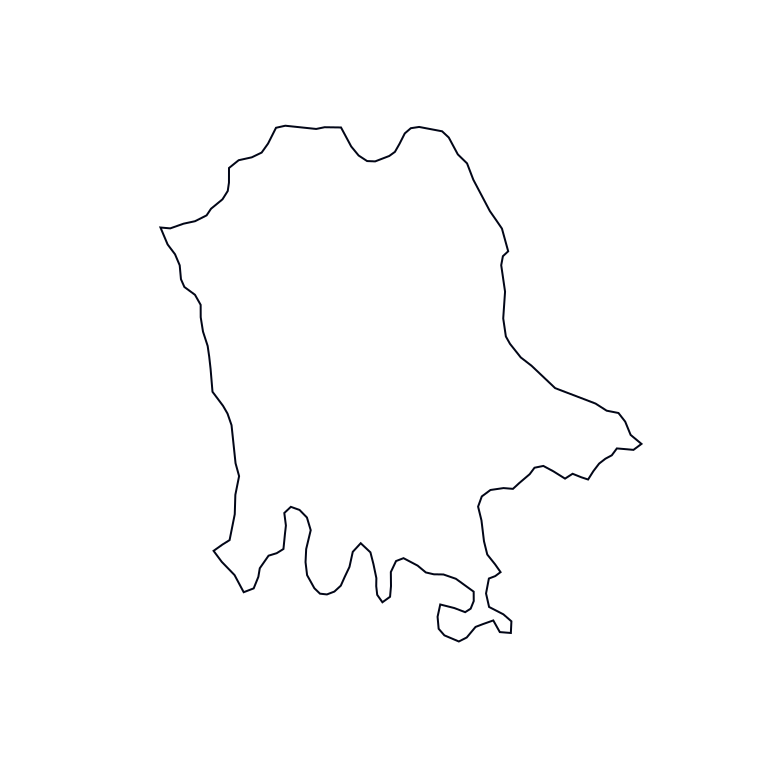 outline of Andirá, Paraná, Brazil, rotated 339°
{"feature_id": "56859067B52775049896070", "entity_name": "Andirá", "entity_type": "district", "adm_level": 2, "iso_a3": "BRA", "parent_name": "Brazil", "parent_adm1": "Paraná", "projection": "equal_earth", "projection_center": [-50.276, -23.026], "detail": "fine", "context": "isolated", "style": "outline", "palette": "ink", "viewbox_px": 768, "rotation_deg": 339, "n_neighbors": 0, "source": "geoboundaries", "source_scale": "gbopen_adm2", "svg_char_len": 2194}
<svg xmlns="http://www.w3.org/2000/svg" viewBox="0 0 768 768"><g transform="rotate(339 384 384)"><path d="M231.4,157.8L232.0,176.2L235.4,188.0L235.8,200.0L232.0,213.4L232.4,221.9L239.5,233.0L241.2,244.4L236.8,256.0L233.8,270.2L233.0,285.3L230.6,295.9L227.5,307.8L221.1,329.8L225.9,346.7L227.3,355.5L226.9,367.8L217.0,404.8L215.7,418.1L205.5,434.2L198.0,452.1L183.9,474.4L175.6,476.0L165.1,478.7L168.8,491.9L176.0,508.8L178.4,528.1L189.1,528.1L197.6,519.0L202.0,511.5L214.7,502.9L223.2,503.5L231.0,502.0L237.9,488.3L241.7,481.0L244.7,468.7L253.0,465.3L260.0,471.3L264.2,481.0L263.2,494.2L252.2,510.2L246.9,522.2L243.7,534.9L245.8,549.7L249.1,556.8L255.3,560.0L263.3,560.0L271.4,556.8L278.2,550.0L286.2,542.4L294.7,529.5L305.2,524.3L311.0,536.3L309.6,548.3L307.3,562.5L304.3,569.9L302.1,578.4L304.3,587.2L313.4,584.8L318.1,575.2L323.0,562.0L331.8,553.6L339.8,553.6L350.3,565.6L355.5,574.9L362.3,579.5L371.2,583.1L381.3,591.6L393.3,610.0L390.0,618.8L384.4,624.8L378.0,626.1L369.4,618.4L357.5,610.0L350.6,620.5L347.3,632.1L350.3,640.3L361.6,651.2L370.4,650.3L382.4,643.6L390.3,643.6L401.3,643.9L403.2,657.1L413.2,661.9L417.9,651.2L412.9,641.8L402.2,629.8L404.2,616.1L412.2,603.2L419.0,603.2L425.4,601.4L423.1,592.2L419.3,580.2L421.0,566.6L426.1,546.3L427.9,532.2L435.0,524.0L445.4,521.1L458.3,524.0L466.8,528.1L474.9,524.9L487.7,520.4L494.5,516.1L503.4,517.6L510.9,526.3L519.1,537.2L527.9,535.4L534.8,541.8L540.3,546.3L548.2,540.4L556.3,535.4L563.9,533.1L571.1,532.2L578.3,527.6L586.8,531.7L593.3,534.9L602.9,532.2L596.0,519.9L595.7,505.6L592.5,495.1L582.3,488.7L574.5,478.1L542.3,449.2L528.3,419.9L521.2,408.2L516.0,391.6L514.8,383.3L518.8,365.5L530.1,341.2L536.0,315.1L540.8,307.3L547.5,304.6L549.8,281.2L547.6,271.9L544.8,260.5L540.6,225.3L540.6,207.8L535.2,196.1L532.8,177.1L528.8,168.9L508.9,156.6L500.7,154.8L493.2,157.5L484.6,165.3L477.4,171.2L470.6,173.0L455.5,173.0L448.1,169.8L442.2,161.6L438.5,150.5L435.8,129.1L420.6,123.0L412.1,121.6L384.4,107.5L375.0,106.1L361.9,118.0L352.7,124.1L341.8,125.0L328.5,123.0L316.7,126.8L311.4,140.5L307.3,147.8L299.4,153.7L285.3,158.4L278.8,163.0L265.9,164.3L254.3,162.5L240.2,162.1L231.4,157.8Z" fill="none" stroke="#020617" stroke-width="2"/></g></svg>